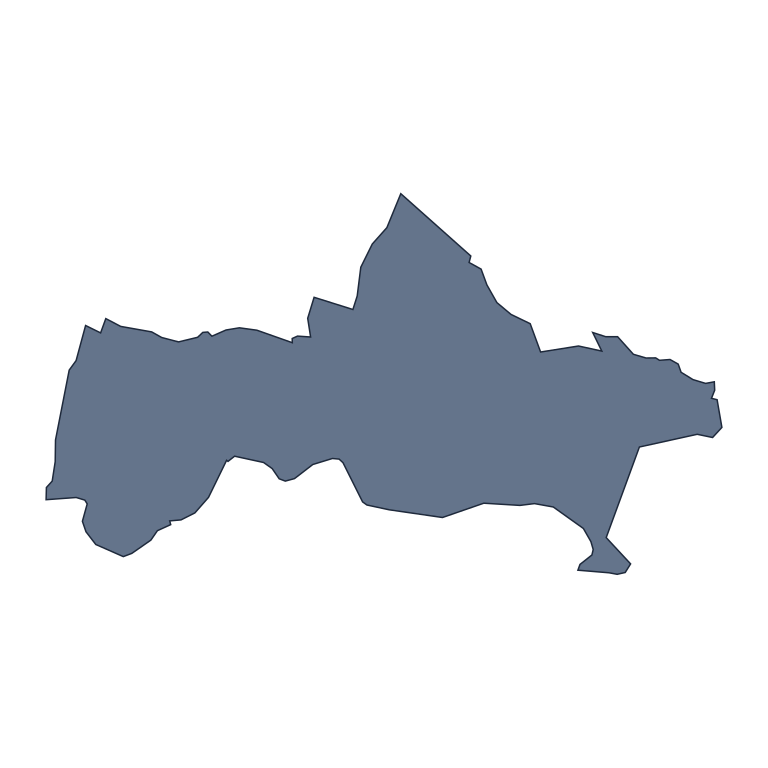 Castleknock Lea-6, Fingal, Ireland
{"feature_id": "5873133B47957460219787", "entity_name": "Castleknock Lea-6", "entity_type": "district", "adm_level": 2, "iso_a3": "IRL", "parent_name": "Ireland", "parent_adm1": "Fingal", "projection": "orthographic", "projection_center": [-6.404, 53.378], "detail": "fine", "context": "isolated", "style": "filled", "palette": "slate", "viewbox_px": 768, "rotation_deg": 0, "n_neighbors": 0, "source": "geoboundaries", "source_scale": "gbopen_adm2", "svg_char_len": 1438}
<svg xmlns="http://www.w3.org/2000/svg" viewBox="0 0 768 768"><path d="M630.6,563.9L606.2,537.6L639.4,447.0L697.2,434.3L712.6,437.5L721.9,427.4L717.1,399.7L711.5,398.3L714.7,390.2L714.3,381.8L705.6,383.4L693.0,379.6L681.1,372.3L678.2,364.1L670.0,359.5L659.5,360.3L655.7,357.9L646.0,358.0L633.4,354.3L617.6,336.7L605.7,336.7L592.7,332.5L601.8,351.1L578.5,346.0L540.6,352.0L530.2,323.7L511.0,314.4L496.9,302.6L486.9,284.9L481.1,269.1L469.1,262.5L470.8,256.0L400.8,193.7L386.9,227.6L372.3,244.0L360.8,267.2L357.2,296.0L352.9,309.5L314.1,297.3L307.7,318.3L310.6,337.0L297.5,336.1L292.2,338.5L292.3,342.7L256.9,330.2L239.4,327.8L226.0,330.0L211.9,336.2L207.8,332.0L202.8,332.4L197.6,337.3L178.5,341.9L161.7,337.5L151.7,331.9L120.7,326.4L105.8,318.6L100.6,332.9L85.6,325.5L76.1,360.6L69.2,370.1L55.5,440.0L55.2,461.7L52.2,481.1L46.4,487.5L46.1,499.7L76.2,497.5L84.8,500.1L87.2,503.9L82.4,521.3L86.0,531.8L95.8,544.5L123.3,556.6L131.8,553.4L150.9,540.1L157.4,530.7L170.7,524.6L169.7,520.9L181.0,519.9L194.9,512.9L208.5,497.4L226.6,460.3L228.0,461.4L234.6,456.2L263.6,462.5L272.2,468.6L279.2,478.8L285.3,481.1L294.5,478.6L312.8,464.5L332.4,458.5L339.1,459.1L343.0,462.7L362.6,501.9L366.9,505.0L389.2,509.8L442.5,517.5L483.8,503.2L519.9,505.4L534.5,503.6L553.3,507.0L583.4,528.5L590.9,541.6L593.2,549.5L591.9,555.0L580.0,564.4L577.9,570.2L609.1,572.8L617.2,574.3L625.2,572.5L630.6,563.9Z" fill="#64748b" stroke="#1e293b" stroke-width="1.5"/></svg>